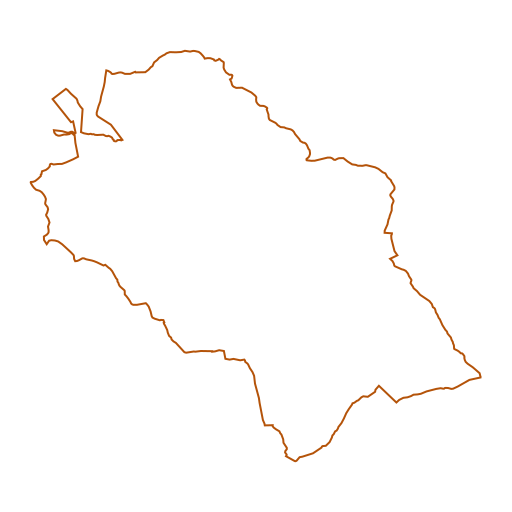 the district of Pardosi, Buzau, Romania
{"feature_id": "2599482B33669968833110", "entity_name": "Pardosi", "entity_type": "district", "adm_level": 2, "iso_a3": "ROU", "parent_name": "Romania", "parent_adm1": "Buzau", "projection": "robinson", "projection_center": [26.866, 45.449], "detail": "fine", "context": "isolated", "style": "outline", "palette": "amber", "viewbox_px": 512, "rotation_deg": 0, "n_neighbors": 0, "source": "geoboundaries", "source_scale": "gbopen_adm2", "svg_char_len": 5931}
<svg xmlns="http://www.w3.org/2000/svg" viewBox="0 0 512 512"><path d="M481.3,377.3L480.8,377.2L480.4,376.4L479.6,373.2L472.8,367.3L467.6,363.7L465.7,361.9L464.8,360.0L464.3,357.9L464.5,357.2L464.3,356.0L462.8,354.0L462.1,353.4L460.8,353.3L459.3,351.8L457.6,350.6L454.3,349.0L454.1,348.5L453.9,345.3L453.0,343.2L452.8,342.0L451.5,339.6L450.9,337.5L447.5,333.5L447.1,331.9L446.4,330.9L445.4,329.9L442.4,325.1L439.8,319.2L438.7,317.9L437.5,314.9L435.9,312.4L435.3,309.9L434.8,308.6L434.1,307.9L432.9,307.2L431.8,304.0L429.3,301.0L420.1,294.8L417.0,291.1L413.6,288.2L412.9,286.6L410.6,283.3L410.7,282.4L411.4,280.5L411.3,279.6L409.0,276.2L408.0,273.6L405.8,270.9L403.7,269.8L401.8,269.3L395.0,266.3L394.3,265.6L393.8,263.5L392.5,261.1L390.1,258.8L397.4,255.3L394.5,251.1L391.4,238.8L391.2,235.7L391.8,234.3L391.9,233.3L384.6,232.8L384.7,230.6L387.5,224.4L388.5,219.4L389.1,218.4L389.8,215.6L391.7,210.5L391.8,206.2L392.1,204.7L393.5,201.5L393.5,200.6L393.2,199.9L392.7,198.8L391.0,196.8L390.3,195.5L390.3,194.8L390.5,194.2L394.4,189.5L394.5,187.5L394.2,186.2L391.1,181.1L391.1,180.4L387.5,177.2L385.4,173.4L382.6,172.2L378.5,168.9L375.1,167.3L366.6,165.2L365.4,165.2L362.6,165.8L357.8,165.7L355.9,164.9L352.2,164.4L347.6,161.5L343.4,158.1L339.1,158.2L337.8,158.6L335.2,159.9L333.9,159.7L333.2,159.2L332.8,158.7L331.5,158.0L330.3,157.6L327.6,157.6L314.8,160.7L311.4,160.8L306.8,160.3L306.5,160.0L306.5,159.0L308.7,157.1L309.3,156.1L310.0,154.1L310.0,152.9L309.6,150.2L308.4,148.7L307.0,145.3L305.9,143.7L304.6,142.8L303.0,142.6L300.3,141.0L299.4,139.2L295.1,134.1L293.9,131.9L292.5,130.4L290.8,129.4L285.9,128.2L284.3,127.4L280.6,127.1L277.5,125.0L276.5,123.7L275.4,122.8L269.8,120.0L268.9,118.7L268.5,116.2L268.5,114.7L266.7,109.4L267.2,108.6L267.2,108.1L266.8,107.6L264.7,106.3L263.3,105.9L260.1,105.8L258.4,104.6L257.4,103.5L256.3,101.7L256.1,99.5L256.3,97.5L256.2,97.0L255.2,95.7L251.4,92.5L242.0,87.7L236.2,87.9L233.8,86.8L232.8,86.0L232.0,84.7L231.3,82.0L230.0,79.4L231.5,78.6L231.9,77.7L232.4,75.7L232.0,75.0L231.2,74.7L229.4,74.8L226.0,72.4L224.2,69.5L223.6,67.7L223.8,62.8L223.6,62.1L221.1,60.5L219.8,59.2L219.1,58.9L218.4,59.6L215.7,60.8L214.3,60.4L213.9,59.5L210.4,58.2L207.7,58.1L204.7,58.6L204.2,57.5L202.9,55.8L200.6,53.3L198.7,51.9L194.8,51.0L193.1,50.9L190.1,51.6L184.9,50.8L181.2,52.0L175.7,52.3L169.9,52.1L166.5,53.3L164.7,54.7L163.1,55.4L159.1,57.8L157.2,60.0L154.1,62.4L152.4,66.2L150.8,67.2L148.7,69.6L145.3,72.2L135.7,72.4L135.3,71.8L134.9,71.9L130.1,73.9L125.0,73.9L121.9,72.6L120.3,72.4L118.7,72.6L114.5,73.8L112.6,74.0L111.6,73.7L111.0,72.7L109.9,71.9L108.1,70.9L106.3,70.4L105.1,78.0L104.7,82.1L103.8,86.6L101.1,96.5L100.3,101.4L98.5,106.2L96.7,112.6L96.7,114.6L97.0,115.3L98.0,116.5L110.9,124.7L122.4,139.9L121.2,140.4L120.3,140.0L117.4,140.1L116.8,140.9L116.1,141.3L115.0,141.3L113.8,140.8L113.6,140.4L113.6,139.7L112.6,139.0L112.1,137.7L110.5,136.6L108.5,135.8L107.2,136.2L105.8,136.0L103.3,134.7L97.2,135.0L94.9,134.8L93.7,134.2L92.0,134.3L90.8,133.8L88.5,134.2L83.9,133.3L81.0,132.1L82.6,109.1L80.1,106.2L77.8,102.5L77.4,100.6L76.5,98.7L70.9,93.7L67.5,90.0L65.9,88.9L52.6,99.1L71.0,122.2L73.1,121.4L75.6,132.9L75.1,133.2L73.8,132.9L72.9,132.1L72.0,131.7L70.7,131.8L68.8,132.7L67.4,132.7L62.3,131.2L53.9,130.2L54.3,132.6L56.1,134.8L58.3,135.7L59.8,135.7L64.1,134.5L66.3,134.6L68.4,134.3L69.4,134.1L70.1,133.6L70.1,133.3L71.0,133.2L72.3,133.3L73.8,134.9L74.6,135.1L75.4,142.9L78.1,156.7L73.1,159.3L66.1,162.4L62.0,163.9L57.8,164.0L53.6,164.5L51.5,163.8L50.4,164.0L49.8,165.1L49.8,166.4L47.9,168.5L45.8,170.0L42.0,171.3L41.4,174.3L40.8,174.6L40.8,176.1L38.0,178.8L35.2,181.0L33.2,181.8L30.8,182.0L30.7,182.2L30.9,183.1L32.2,185.4L33.9,187.7L36.0,189.7L39.6,190.8L41.7,192.2L43.6,194.5L45.0,196.7L45.9,199.0L45.8,200.0L45.2,203.0L45.2,203.8L45.6,204.6L47.6,207.2L48.1,209.3L47.2,212.6L46.1,214.8L46.3,215.8L48.3,218.9L49.5,222.5L48.0,226.6L48.6,230.1L48.6,232.1L48.2,233.1L46.8,234.7L43.9,236.5L44.0,240.0L44.2,240.3L46.7,244.2L49.1,240.7L51.4,240.2L54.9,240.5L58.0,241.4L58.8,241.9L62.2,244.3L70.9,252.3L73.5,255.0L73.9,256.0L74.1,258.9L75.2,261.2L77.0,261.0L78.8,260.3L82.4,258.3L83.8,258.3L86.2,259.3L91.8,260.5L94.1,261.2L96.9,262.3L103.5,265.5L105.3,264.8L108.7,267.8L110.2,268.8L112.2,271.2L116.1,278.3L117.3,279.6L117.5,281.6L118.4,282.9L118.8,284.3L119.4,285.6L120.5,286.9L124.3,290.2L124.7,290.9L124.8,294.5L126.4,296.2L128.2,298.5L130.3,301.7L131.2,303.6L132.2,304.4L133.3,304.8L137.0,304.8L145.8,303.2L147.1,304.5L148.7,306.6L150.6,311.5L151.7,316.2L152.5,317.6L154.7,318.7L159.9,320.3L160.9,319.9L163.4,320.1L164.3,322.4L163.7,322.8L164.2,324.2L165.0,325.4L167.2,330.0L167.8,332.7L169.1,335.9L171.1,337.6L171.6,339.5L173.5,341.4L175.9,342.9L184.4,352.2L186.2,352.7L193.8,351.5L195.3,351.7L200.9,351.0L212.2,351.2L212.2,351.7L215.0,351.4L219.2,350.2L223.9,351.0L225.4,358.8L229.6,359.6L233.5,358.9L240.2,360.3L244.3,359.6L245.0,360.5L245.2,361.8L247.6,363.7L248.3,364.8L249.9,368.2L252.5,372.1L254.1,375.8L255.0,383.6L258.9,398.0L259.6,403.0L262.9,420.0L264.5,423.7L264.8,425.4L272.7,425.2L272.6,426.1L273.6,427.5L276.0,429.3L279.4,431.3L280.3,433.3L281.4,434.5L283.2,439.3L283.5,442.8L286.8,447.8L286.8,449.2L285.3,451.1L285.2,451.8L285.1,452.5L285.4,452.9L286.6,454.5L286.6,455.2L286.0,456.2L294.8,461.1L295.6,461.2L296.6,460.7L299.6,457.2L302.3,456.7L313.0,453.3L321.5,447.6L321.9,446.6L322.6,446.1L325.8,445.8L329.6,442.1L331.9,437.5L332.4,435.5L333.7,434.2L335.1,431.4L336.6,430.6L337.9,428.6L338.4,427.0L341.4,423.2L343.9,418.5L346.3,413.1L348.8,409.1L352.0,404.6L352.5,403.3L354.4,402.7L356.8,400.9L358.3,400.3L361.4,397.3L363.3,396.3L367.8,396.8L375.1,391.8L375.5,389.7L378.9,385.8L396.4,402.5L399.2,399.9L403.4,397.8L407.5,397.3L411.0,396.1L413.5,394.7L417.6,394.4L420.8,393.8L426.6,391.4L436.3,388.9L440.6,388.2L443.3,388.7L444.2,388.6L444.9,388.0L445.6,387.9L448.1,388.0L451.3,388.9L453.1,388.7L457.8,386.5L469.4,379.9L481.3,377.3Z" fill="none" stroke="#b45309" stroke-width="2"/></svg>